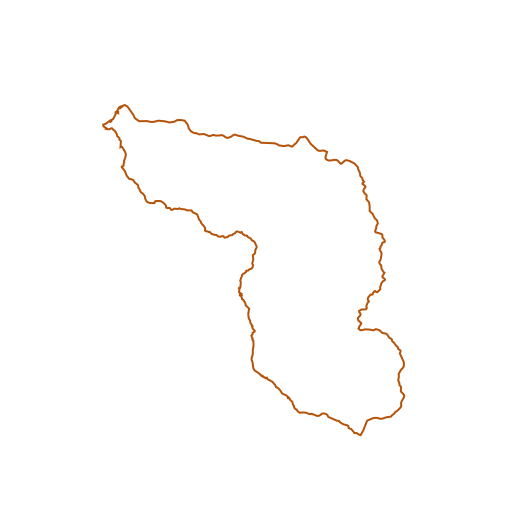 the border of Piauí, rotated 292°
{"feature_id": "BRA-622", "entity_name": "Piauí", "entity_type": "State", "adm_level": 1, "iso_a3": "BRA", "parent_name": "Brazil", "parent_adm1": "", "projection": "albers", "projection_center": [-42.942, -6.821], "detail": "fine", "context": "isolated", "style": "outline", "palette": "amber", "viewbox_px": 512, "rotation_deg": 292, "n_neighbors": 0, "source": "natural_earth", "source_scale": "10m", "svg_char_len": 6102}
<svg xmlns="http://www.w3.org/2000/svg" viewBox="0 0 512 512"><g transform="rotate(292 256 256)"><path d="M319.0,66.1L320.6,65.1L322.0,66.9L327.3,70.3L327.7,70.9L326.4,70.3L326.7,70.9L325.8,70.6L325.8,70.9L326.9,71.4L328.0,70.9L329.3,72.2L334.3,72.7L335.5,72.6L336.7,71.9L337.5,72.7L337.0,73.8L337.6,73.8L337.3,74.5L338.2,74.1L337.9,73.1L338.7,72.8L342.7,73.5L343.1,74.4L342.4,74.8L343.4,75.4L343.9,75.4L344.4,76.1L344.7,76.1L344.7,75.4L346.8,77.7L346.5,80.7L340.7,89.7L338.4,92.0L337.4,96.2L337.3,97.5L340.2,104.2L340.9,108.3L341.7,110.3L345.0,115.0L346.7,121.0L347.5,126.0L349.8,129.8L352.6,132.2L353.8,135.0L354.8,139.2L352.6,142.9L351.7,143.9L349.0,146.0L347.2,149.1L346.8,152.8L347.5,154.5L347.5,157.9L349.6,162.0L349.6,167.9L352.3,171.1L352.6,173.8L354.3,177.4L355.2,178.7L355.4,180.4L354.7,183.6L354.7,185.2L356.9,187.9L359.9,189.9L360.7,191.0L360.8,194.2L361.9,199.7L361.6,204.1L362.3,206.8L362.9,213.1L363.6,216.0L362.9,218.2L367.4,230.9L367.6,232.9L367.2,236.1L368.4,240.8L370.8,244.5L370.8,248.2L371.9,249.1L373.8,249.8L375.6,250.9L382.4,252.4L382.8,252.7L383.7,254.9L384.9,256.1L384.8,257.9L384.0,259.6L380.4,264.8L377.1,273.7L377.2,275.4L379.2,279.3L379.1,282.9L374.0,283.3L372.6,283.9L372.0,284.7L371.7,287.0L372.0,288.4L374.8,293.3L375.2,294.8L374.9,296.6L373.9,298.2L373.3,300.2L373.9,300.8L377.4,302.5L378.6,303.6L379.2,307.0L378.6,312.8L376.4,317.3L375.0,318.0L372.1,321.1L369.1,322.9L368.0,325.4L366.2,326.6L365.3,328.4L363.3,327.5L362.7,327.7L362.0,330.6L361.0,331.7L358.3,330.9L356.3,331.2L354.4,333.9L354.1,335.2L353.6,335.9L350.0,337.1L348.5,340.1L347.6,341.1L344.3,342.9L340.2,344.6L338.7,348.4L335.6,351.8L334.2,355.1L331.6,356.8L328.9,356.4L326.4,357.1L323.7,357.1L323.0,357.6L322.8,358.2L323.2,360.6L323.4,364.6L322.7,365.4L320.5,366.3L319.2,368.8L318.0,369.9L317.0,369.9L316.0,368.5L314.9,368.0L313.3,368.5L311.4,367.9L310.3,368.4L309.1,367.8L308.1,368.4L306.1,371.0L304.2,371.9L298.8,372.9L297.1,372.5L296.3,372.6L295.0,373.8L294.2,375.6L291.1,377.2L289.0,380.1L288.6,381.4L284.8,380.8L284.1,380.9L283.6,381.5L283.0,383.9L282.3,384.5L281.2,384.1L280.0,383.0L277.6,382.5L273.6,382.8L271.8,383.7L267.9,382.0L267.6,381.2L268.2,379.7L267.8,379.1L265.6,378.3L263.9,378.5L263.1,376.6L259.6,375.6L258.9,375.5L257.2,376.2L256.3,377.6L255.8,377.7L254.9,377.1L251.3,377.0L250.5,377.2L249.3,378.2L248.1,378.1L247.4,377.4L246.1,374.1L243.8,372.2L242.6,372.8L241.7,374.4L241.0,374.9L239.4,374.8L236.9,373.8L236.0,374.0L234.5,375.1L233.4,378.3L232.8,378.9L229.2,378.2L227.0,378.3L226.3,380.5L226.6,381.5L228.9,384.7L230.4,389.1L231.0,392.6L233.1,394.6L233.5,397.9L232.0,402.2L232.7,405.1L232.3,407.2L230.1,410.1L229.9,412.7L227.9,414.4L227.4,416.1L225.3,419.6L224.7,421.5L223.2,422.6L222.5,425.3L221.6,425.8L219.6,425.8L213.3,432.5L212.2,433.2L208.8,434.4L207.7,434.2L204.5,433.0L200.1,432.5L197.5,433.7L193.8,434.5L192.1,436.4L190.2,437.3L188.9,439.5L184.6,441.1L182.8,445.1L181.9,445.8L180.3,446.1L175.3,445.4L173.2,445.9L171.4,446.9L169.8,446.8L166.2,445.4L163.5,443.6L161.4,443.1L159.8,442.0L157.7,441.3L155.3,437.3L152.4,433.9L151.6,432.0L151.3,428.9L150.5,426.9L148.9,424.6L144.9,420.7L134.7,420.8L129.1,420.1L129.0,418.5L129.5,415.2L128.7,413.7L131.2,409.2L131.1,406.4L133.0,405.3L133.2,403.7L132.7,400.4L133.0,397.4L133.5,395.9L134.2,394.7L133.6,393.0L133.9,383.4L135.3,381.7L135.8,380.0L135.3,377.5L134.3,376.0L132.6,375.2L131.1,373.8L130.6,372.2L130.6,368.2L130.3,367.4L130.6,366.8L129.5,365.0L129.3,360.7L128.9,359.1L127.1,355.2L127.7,352.7L128.9,351.2L128.8,349.9L129.5,348.6L130.4,347.6L131.1,347.6L131.8,346.3L132.7,345.4L134.4,344.3L135.5,341.4L136.9,339.9L137.0,339.5L136.2,339.2L136.1,338.9L137.6,337.8L138.1,335.8L138.3,331.8L140.4,328.9L141.8,326.0L142.0,323.5L143.8,321.9L144.6,319.9L145.5,318.6L146.1,312.8L147.1,311.9L146.4,310.9L146.8,310.6L146.4,309.7L146.7,307.4L147.1,307.7L147.4,306.1L147.1,305.1L147.7,304.6L148.6,301.5L149.2,298.1L150.3,296.2L152.0,294.9L155.8,292.8L158.3,290.7L159.3,290.3L164.0,289.7L167.5,288.3L171.7,287.4L176.4,285.3L177.1,283.9L178.2,283.9L178.7,282.9L180.6,281.5L181.9,282.1L183.5,281.6L185.4,283.1L186.2,282.8L187.5,280.1L189.5,278.6L189.8,278.9L191.7,276.0L193.9,274.7L195.3,272.8L197.6,271.4L199.9,270.3L201.2,270.2L202.8,269.6L204.3,269.6L204.7,269.2L206.5,264.7L207.7,264.3L208.8,263.2L209.8,261.5L210.6,260.8L210.9,259.1L211.8,258.7L212.7,257.7L213.3,257.3L213.1,257.5L214.1,257.6L214.0,257.0L213.3,256.2L213.4,255.9L214.2,255.4L215.5,256.4L216.1,253.8L218.7,253.2L219.7,252.2L220.2,252.3L220.6,253.2L221.3,253.2L226.3,251.6L227.3,250.6L233.5,250.3L234.9,250.9L234.6,250.9L237.3,252.7L238.6,252.5L238.9,252.7L239.4,254.1L241.0,254.7L242.5,256.5L243.4,256.9L245.3,257.0L246.5,256.5L247.7,255.3L251.8,254.8L254.5,253.2L255.7,252.8L257.7,253.9L258.6,254.0L261.4,253.1L264.0,253.4L265.0,253.1L268.3,249.6L268.8,248.8L269.0,246.3L270.2,244.8L270.6,241.1L271.5,240.1L270.9,238.0L271.5,235.2L272.8,234.0L272.7,233.4L271.8,232.9L271.8,229.4L271.2,228.6L269.3,228.0L267.5,226.5L266.5,226.2L264.8,223.3L262.9,222.6L261.3,220.0L262.1,218.3L261.9,217.5L260.6,215.9L260.0,213.9L260.1,213.0L260.7,211.7L260.2,210.1L259.8,206.7L261.0,204.0L260.4,203.0L260.7,201.9L260.1,199.8L260.7,199.1L262.6,198.5L263.8,197.2L265.8,193.1L267.4,191.6L268.6,189.4L271.9,186.5L272.7,185.3L272.8,181.1L274.1,179.1L272.6,175.2L272.5,172.4L271.5,169.0L271.5,167.0L270.3,165.9L269.3,162.5L267.3,161.0L267.1,160.1L268.2,158.0L267.2,155.5L267.2,154.6L268.9,153.7L269.6,152.6L270.6,150.4L271.2,147.1L269.6,142.7L268.4,141.8L267.7,141.7L267.1,142.0L266.5,141.2L266.0,139.1L265.4,138.1L265.3,135.0L265.6,134.2L267.4,132.0L269.9,130.4L271.5,127.7L271.9,125.7L272.4,124.8L274.6,122.6L275.3,121.3L277.3,120.2L277.7,119.6L278.8,116.0L280.5,113.8L280.3,110.3L280.0,109.7L280.6,108.4L282.2,105.8L285.6,102.7L288.2,98.1L288.8,98.1L289.4,99.0L290.3,99.4L291.7,98.7L293.7,98.7L294.3,98.1L299.3,97.8L301.5,97.3L303.3,95.8L306.9,91.2L307.0,90.4L306.1,89.6L311.4,87.9L312.0,87.5L312.8,85.8L314.0,85.3L315.3,82.1L316.6,81.5L319.0,78.6L319.6,76.3L320.4,75.0L320.3,74.1L318.4,72.4L317.8,70.2L317.7,69.3L318.4,69.6L319.0,66.1Z" fill="none" stroke="#b45309" stroke-width="2"/></g></svg>